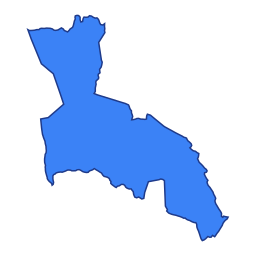 Jaguaquara, Bahia, Brazil (Albers equal-area conic projection)
{"feature_id": "56859067B83796410289338", "entity_name": "Jaguaquara", "entity_type": "district", "adm_level": 2, "iso_a3": "BRA", "parent_name": "Brazil", "parent_adm1": "Bahia", "projection": "albers", "projection_center": [-39.94, -13.546], "detail": "fine", "context": "isolated", "style": "filled", "palette": "blue", "viewbox_px": 256, "rotation_deg": 0, "n_neighbors": 0, "source": "geoboundaries", "source_scale": "gbopen_adm2", "svg_char_len": 3979}
<svg xmlns="http://www.w3.org/2000/svg" viewBox="0 0 256 256"><path d="M214.7,236.7L215.6,235.5L216.6,233.9L217.4,232.8L218.5,231.5L219.7,229.5L220.7,227.9L222.3,225.3L222.9,223.5L224.1,221.7L225.3,220.3L227.2,218.9L228.1,217.1L225.6,216.7L223.6,216.2L222.8,217.3L221.5,216.4L221.5,214.9L221.5,213.3L220.6,211.5L219.0,209.2L217.7,207.0L216.9,205.6L215.9,204.0L215.4,202.8L214.9,200.9L215.7,198.3L214.7,196.0L213.7,194.3L213.0,192.1L211.9,190.4L210.9,188.9L210.0,187.5L209.0,186.4L208.1,185.3L207.4,183.6L207.0,182.0L207.9,180.3L206.9,179.1L206.1,177.8L205.3,176.3L204.4,174.4L204.6,172.7L206.4,172.2L207.1,170.9L206.3,169.4L204.5,168.0L203.1,166.2L202.0,165.0L201.0,164.0L200.0,163.1L199.0,162.0L198.3,160.3L197.5,158.8L198.3,157.0L198.6,155.5L198.8,153.5L197.2,152.7L195.5,151.3L193.1,150.7L191.2,149.2L189.9,147.8L191.0,146.8L191.7,145.4L191.1,143.7L189.4,142.0L187.9,140.8L187.1,139.5L186.5,138.1L185.3,137.6L183.8,137.2L182.3,136.2L175.4,132.7L164.7,126.8L163.4,125.9L158.8,122.1L151.9,116.4L150.5,115.2L147.4,114.2L146.8,115.5L146.5,117.2L146.5,119.0L145.0,119.4L143.3,119.2L140.7,119.1L138.7,118.4L136.9,118.5L135.3,119.2L133.3,119.6L131.7,119.8L132.1,118.3L132.7,116.6L132.2,114.7L131.5,113.0L131.4,110.7L130.4,109.5L129.7,108.1L129.2,106.4L128.5,104.9L125.1,103.4L123.7,103.0L118.5,101.4L97.2,94.8L94.1,93.5L95.3,91.4L95.3,89.4L95.3,87.8L95.6,86.5L96.1,84.2L95.8,82.6L96.0,81.1L97.1,80.0L98.5,78.7L98.7,77.2L98.1,75.7L98.3,74.2L100.0,72.8L99.8,71.3L99.6,69.3L101.1,67.2L101.6,65.5L101.9,64.2L102.2,62.1L101.4,60.2L98.7,42.4L104.9,32.6L104.5,30.6L104.8,28.8L104.5,26.3L104.6,23.7L102.9,25.0L100.7,24.6L99.6,22.7L99.2,21.2L98.4,19.3L97.0,17.9L95.1,18.1L93.1,17.2L91.5,16.1L89.5,15.7L88.0,17.1L86.1,17.3L84.0,17.1L83.2,18.4L82.9,19.8L82.6,21.5L80.9,22.0L80.1,19.7L80.1,17.3L79.4,16.2L78.1,15.4L76.8,15.4L75.3,15.9L75.0,17.3L75.3,19.0L74.4,20.9L73.9,23.2L73.3,25.6L72.6,27.3L71.5,28.1L70.1,29.0L69.2,30.3L67.6,31.9L65.7,31.1L64.3,30.5L63.3,29.0L61.4,27.9L59.6,29.0L58.1,29.9L56.8,30.2L55.3,30.4L53.9,30.1L52.3,28.9L50.2,28.3L48.3,28.2L46.3,28.1L44.9,28.4L43.2,28.4L41.4,28.3L40.1,28.6L39.0,29.6L36.8,29.6L34.6,30.2L32.5,30.4L30.8,30.5L29.3,30.5L27.9,29.7L31.1,38.7L37.7,54.8L41.4,63.8L42.5,64.7L43.7,65.7L46.6,68.1L48.5,69.8L53.3,73.7L60.5,94.5L63.7,104.2L48.2,117.6L45.4,118.1L40.7,119.0L41.6,128.1L42.5,134.4L43.0,135.8L43.4,137.2L44.0,138.8L45.0,141.3L45.3,143.7L46.0,146.3L46.1,148.5L46.3,150.6L46.1,152.7L45.2,154.3L45.0,156.2L44.6,158.8L44.6,160.8L44.7,162.6L45.5,165.3L45.2,167.1L45.4,168.5L45.4,170.0L45.6,171.7L46.1,173.6L46.7,175.8L47.2,177.3L47.3,178.7L48.3,180.3L49.5,181.7L50.5,182.4L51.7,183.6L52.1,185.2L53.2,184.3L53.6,182.3L53.1,180.4L52.9,178.8L52.9,177.4L52.9,175.8L53.8,174.5L55.1,174.0L56.2,172.9L57.5,172.5L58.8,172.2L60.7,172.0L62.2,172.2L63.7,171.7L65.6,171.0L67.4,170.1L68.9,170.0L70.6,170.2L71.8,170.8L73.4,170.8L75.7,170.7L77.2,169.8L79.2,169.6L81.1,170.5L82.5,171.5L83.9,172.0L85.2,172.3L86.6,172.5L88.2,172.3L89.5,170.9L91.0,170.4L92.6,169.8L94.3,168.6L96.3,169.9L98.3,171.0L99.9,172.1L101.5,173.0L102.7,175.0L104.1,176.4L105.5,176.7L107.5,177.3L109.3,178.5L109.8,180.1L110.9,181.4L110.8,183.4L112.0,184.6L113.3,185.6L114.9,186.8L116.2,187.5L117.4,186.2L119.3,185.8L121.3,184.4L123.3,184.4L124.8,185.4L125.6,187.0L127.1,188.2L129.2,189.0L131.1,188.9L132.0,190.2L133.2,191.6L133.7,194.6L134.8,197.1L136.7,197.8L138.7,197.0L140.1,197.9L141.8,199.0L143.8,198.4L144.7,192.5L148.4,181.7L149.9,181.4L159.0,179.7L160.8,179.0L162.9,179.5L164.4,180.6L165.0,195.6L165.4,206.1L166.5,208.1L167.4,209.5L166.7,211.0L168.6,213.0L170.2,213.7L171.8,214.3L173.7,214.8L176.1,215.3L177.8,215.9L179.6,216.4L182.0,217.3L183.7,218.2L185.2,218.1L186.4,219.2L188.0,220.0L189.7,220.5L192.1,221.8L194.3,222.6L195.8,222.6L196.7,224.3L196.9,227.0L197.5,228.9L198.4,230.8L199.3,233.4L200.2,236.2L200.7,237.8L201.3,239.2L202.3,240.6L204.1,239.9L205.7,238.7L207.9,236.5L209.5,237.2L211.1,237.2L212.5,235.4L214.7,236.7Z" fill="#3b82f6" stroke="#1e3a8a" stroke-width="1.5"/></svg>